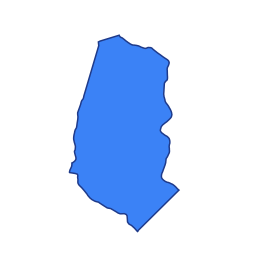 La Perle, Choiseul, Saint Lucia (Mercator projection), rotated 319°
{"feature_id": "8701671B71036629686729", "entity_name": "La Perle", "entity_type": "district", "adm_level": 2, "iso_a3": "LCA", "parent_name": "Saint Lucia", "parent_adm1": "Choiseul", "projection": "mercator", "projection_center": [-61.02, 13.765], "detail": "fine", "context": "isolated", "style": "filled", "palette": "blue", "viewbox_px": 256, "rotation_deg": 319, "n_neighbors": 0, "source": "geoboundaries", "source_scale": "gbopen_adm2", "svg_char_len": 3748}
<svg xmlns="http://www.w3.org/2000/svg" viewBox="0 0 256 256"><g transform="rotate(319 128 128)"><path d="M54.7,123.2L54.8,123.5L55.6,124.4L56.6,125.6L58.4,127.8L59.4,129.5L59.3,130.3L58.6,131.4L57.8,131.9L56.4,134.1L54.6,136.0L53.9,137.2L53.6,139.1L53.9,142.7L53.9,145.8L53.7,151.1L53.4,152.7L53.4,155.9L53.8,158.3L54.9,161.3L55.5,162.4L57.2,164.8L57.3,165.8L58.7,170.7L59.9,174.7L62.1,177.5L64.2,183.8L64.7,185.6L65.8,187.6L66.7,188.4L69.0,190.2L69.9,192.0L69.8,193.5L68.6,195.2L66.0,198.6L65.7,200.9L66.2,202.5L66.7,203.7L67.2,207.9L67.2,211.6L67.3,212.4L67.8,212.4L68.5,212.0L125.7,208.3L125.5,207.3L125.5,206.6L125.4,206.3L125.4,205.4L125.4,204.3L125.3,203.2L125.2,202.5L125.2,202.2L124.8,200.2L124.5,199.3L124.0,198.4L123.6,197.3L123.2,196.5L122.8,195.7L122.1,194.8L121.8,194.4L121.4,193.4L121.1,192.8L120.9,191.9L120.6,190.8L120.6,190.5L120.5,189.5L120.5,188.9L120.6,188.2L120.8,187.5L121.2,186.8L121.6,186.3L122.2,185.7L122.6,185.3L123.2,184.9L123.9,184.4L125.1,183.9L125.8,183.5L126.4,183.2L126.8,182.9L127.6,182.5L128.4,182.0L129.1,181.7L129.9,181.2L130.6,180.8L131.4,180.4L132.0,180.0L132.6,179.6L133.4,179.1L133.8,178.8L134.6,178.0L135.2,177.5L135.8,176.9L136.3,176.5L136.8,176.1L137.5,175.9L138.1,175.8L139.4,175.3L140.5,174.8L141.2,174.5L141.8,174.2L142.4,174.0L143.1,173.6L144.1,172.7L144.5,172.2L145.0,171.5L145.7,170.7L146.1,170.1L146.7,169.2L147.1,168.8L148.0,168.0L148.5,167.6L149.2,167.2L149.8,166.7L150.5,165.9L150.9,165.4L151.3,164.8L151.8,163.8L152.1,163.0L152.2,161.9L152.1,161.4L152.1,160.4L151.9,159.7L151.7,159.1L151.5,158.7L151.2,157.8L150.9,156.6L150.7,155.6L150.5,154.6L150.3,153.9L150.3,153.0L150.4,152.0L150.7,151.2L150.9,150.9L152.1,150.0L152.9,149.5L154.0,148.8L155.1,148.6L156.2,148.4L159.0,148.5L161.5,148.7L164.6,148.6L165.9,148.5L166.7,148.4L167.9,148.1L168.7,147.6L169.9,146.7L170.3,146.0L170.9,145.1L171.3,144.2L171.6,143.4L171.8,142.8L172.1,141.8L172.3,140.8L172.5,139.6L172.8,138.5L172.9,137.8L173.1,135.8L173.1,134.7L173.2,133.8L173.4,132.8L173.8,131.8L174.4,130.9L174.8,130.0L175.0,129.6L175.5,128.6L175.8,127.8L176.5,126.9L177.1,125.9L177.9,125.1L179.3,123.7L183.2,119.7L184.1,118.8L184.5,118.4L185.2,117.9L185.8,117.8L186.5,117.6L186.2,117.5L188.0,117.4L187.8,117.5L188.4,117.5L188.8,117.4L189.3,117.3L190.3,116.5L191.2,115.5L192.5,113.8L194.4,111.5L195.4,110.3L196.0,109.4L196.7,108.8L197.3,108.3L198.1,107.9L199.4,107.4L200.6,106.7L201.5,106.1L202.0,105.6L202.3,104.9L202.5,104.5L202.6,104.0L202.6,103.5L202.6,103.1L202.5,102.4L202.3,101.6L202.0,100.5L201.5,98.8L201.0,96.8L200.4,94.0L199.5,90.4L199.3,89.2L198.9,87.1L198.5,84.8L198.4,83.3L198.2,82.9L197.9,82.3L197.6,82.0L197.1,81.5L196.5,80.9L196.1,80.5L195.5,80.2L194.4,79.9L193.6,79.5L193.3,79.3L192.8,78.7L192.4,78.1L192.0,77.4L191.7,76.9L191.3,76.2L190.9,75.5L190.6,74.7L190.3,74.0L190.1,73.5L189.7,72.8L189.3,72.2L188.6,71.3L188.1,70.6L187.6,70.2L187.0,69.4L186.2,68.7L185.8,68.1L185.5,67.6L185.0,66.4L184.7,65.6L184.6,65.0L184.2,63.7L184.1,63.3L184.0,62.6L183.8,62.0L183.6,61.0L183.4,59.9L183.3,58.9L183.0,57.7L182.9,56.9L182.7,56.1L182.3,55.3L181.9,54.4L181.9,53.8L181.9,53.1L182.2,52.2L164.0,44.1L162.1,43.6L159.9,46.7L116.6,74.3L115.8,74.8L114.8,75.6L113.9,76.2L113.1,76.6L111.5,76.9L110.9,77.1L109.7,77.7L108.3,78.7L107.4,79.3L105.3,80.5L101.7,82.5L100.1,83.4L99.1,84.5L98.0,86.1L97.6,86.7L96.0,88.3L94.0,90.0L93.5,90.4L92.2,91.5L91.0,92.6L89.4,93.9L88.8,94.2L87.1,94.7L85.2,95.9L84.7,96.4L82.7,97.8L81.0,99.3L79.7,100.7L78.1,103.6L77.2,105.6L76.4,107.2L75.3,108.4L73.9,109.7L73.4,110.0L72.5,110.3L72.0,110.8L71.2,112.2L70.0,114.7L69.4,116.0L68.7,116.9L67.9,117.6L66.3,118.0L65.0,118.0L63.7,117.9L62.6,117.6L62.3,118.2L61.1,119.3L60.1,120.1L56.7,121.6L55.1,122.7L54.7,123.2Z" fill="#3b82f6" stroke="#1e3a8a" stroke-width="1.5"/></g></svg>